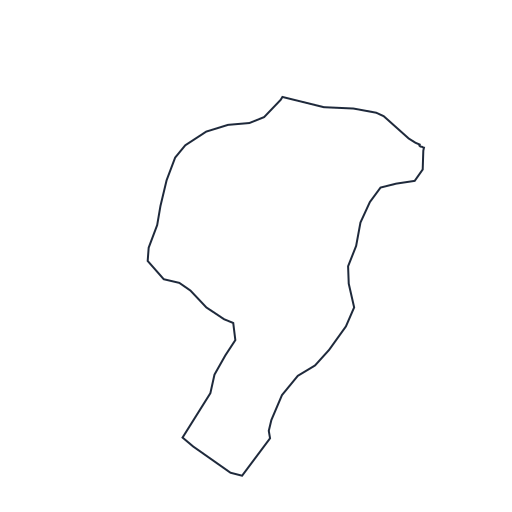 SVG path tracing the border of Al Marj, rotated 38°
{"feature_id": "LBY-2981", "entity_name": "Al Marj", "entity_type": "Municipality", "adm_level": 1, "iso_a3": "LBY", "parent_name": "Libya", "parent_adm1": "", "projection": "natural_earth1", "projection_center": [21.128, 31.907], "detail": "fine", "context": "isolated", "style": "outline", "palette": "slate", "viewbox_px": 512, "rotation_deg": 38, "n_neighbors": 0, "source": "natural_earth", "source_scale": "10m", "svg_char_len": 858}
<svg xmlns="http://www.w3.org/2000/svg" viewBox="0 0 512 512"><g transform="rotate(38 256 256)"><path d="M178.9,114.4L217.8,97.0L242.0,79.8L262.5,69.1L270.6,67.2L304.0,69.4L311.9,68.6L316.4,67.4L316.8,68.4L318.2,68.5L319.7,67.7L321.4,67.5L321.7,67.3L323.0,70.0L334.1,85.2L334.8,99.1L321.9,112.7L312.0,125.4L312.5,143.3L317.7,165.3L328.7,186.4L334.9,207.4L346.1,220.7L365.0,236.1L370.2,256.1L371.4,285.0L369.9,305.9L362.7,324.7L362.1,349.6L369.1,375.8L373.7,385.9L379.3,391.0L380.3,437.7L369.3,442.5L323.8,444.8L309.9,444.3L304.5,392.2L296.3,375.0L293.0,353.0L291.5,335.0L279.3,322.8L269.7,325.5L248.5,327.1L225.6,323.6L212.1,324.4L197.6,331.1L173.7,326.6L166.3,315.5L159.1,292.5L149.9,275.4L138.9,251.3L131.7,228.2L132.1,212.3L140.2,188.6L153.2,169.9L168.9,155.3L176.9,141.5L179.3,117.7L178.9,114.4Z" fill="none" stroke="#1e293b" stroke-width="2"/></g></svg>